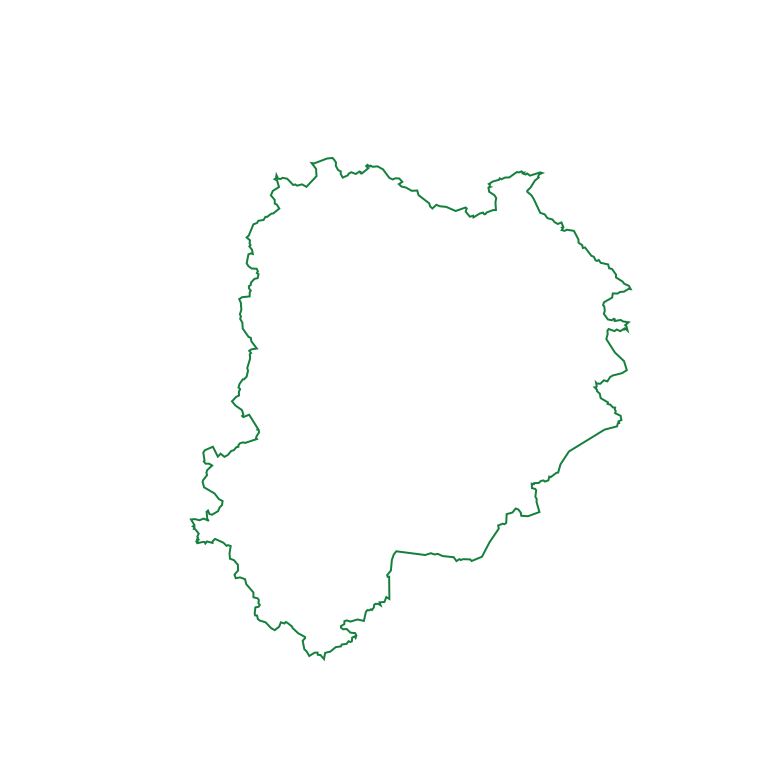 Villa Purificación, Jalisco, Mexico (orthographic projection), rotated 307°
{"feature_id": "50627088B43158791534375", "entity_name": "Villa Purificación", "entity_type": "district", "adm_level": 2, "iso_a3": "MEX", "parent_name": "Mexico", "parent_adm1": "Jalisco", "projection": "orthographic", "projection_center": [-104.744, 19.824], "detail": "fine", "context": "isolated", "style": "outline", "palette": "green", "viewbox_px": 768, "rotation_deg": 307, "n_neighbors": 0, "source": "geoboundaries", "source_scale": "gbopen_adm2", "svg_char_len": 6154}
<svg xmlns="http://www.w3.org/2000/svg" viewBox="0 0 768 768"><g transform="rotate(307 384 384)"><path d="M633.3,362.6L624.3,359.7L621.8,356.5L618.1,354.5L617.9,352.7L616.2,352.9L611.3,349.1L606.9,347.4L606.9,348.6L605.0,349.5L605.3,350.3L603.6,349.3L600.8,352.3L601.2,358.7L600.0,361.8L596.4,363.5L590.3,368.7L588.5,366.4L582.8,362.8L580.6,362.7L579.9,361.8L580.5,359.9L577.6,357.8L570.9,355.2L572.0,353.9L569.3,351.9L570.8,345.5L574.0,344.4L574.0,342.9L565.3,337.1L562.9,327.1L559.6,321.7L558.6,318.0L553.3,317.0L553.6,314.0L555.5,311.4L555.6,298.0L558.5,294.1L555.0,289.9L554.1,283.3L552.2,279.2L552.6,275.6L556.5,277.0L557.3,272.5L555.2,269.3L552.7,268.0L551.8,264.3L554.8,254.0L553.9,247.8L550.7,244.3L550.3,242.0L549.2,241.8L549.1,238.9L547.3,238.6L546.9,241.6L538.8,239.6L538.2,238.6L539.2,237.8L539.0,236.6L534.8,235.1L533.4,230.4L530.5,229.2L528.8,229.5L524.0,226.8L525.8,222.9L527.7,221.6L527.3,218.4L529.2,214.3L532.0,212.3L533.1,209.2L533.5,206.8L529.8,202.8L518.2,195.5L516.9,193.3L514.9,200.3L509.4,205.0L494.8,203.4L494.1,198.4L490.1,195.2L489.9,193.0L488.3,191.7L489.7,183.2L487.6,178.9L485.7,178.2L484.2,175.9L486.1,172.4L483.4,173.9L481.8,173.4L482.2,176.1L478.1,181.6L471.3,179.0L466.6,180.1L465.3,185.8L462.3,188.3L462.8,190.4L461.1,194.8L453.6,192.9L452.1,191.5L447.0,190.0L446.2,188.7L442.5,189.1L438.7,185.4L436.2,185.7L432.9,183.6L421.1,186.7L418.4,186.1L418.1,190.5L415.4,192.0L414.6,193.8L412.9,193.6L411.8,197.7L408.9,201.0L408.2,199.1L406.0,197.7L397.7,201.7L396.5,205.0L396.6,208.9L399.4,212.9L398.1,215.5L396.1,215.7L396.2,217.7L392.6,219.4L389.8,217.2L384.8,216.8L382.9,218.0L380.8,217.2L379.0,218.9L378.4,221.4L376.4,221.6L373.1,224.0L367.9,218.4L364.6,217.3L362.8,220.7L357.3,225.5L353.0,226.9L351.8,229.1L349.4,230.0L347.8,233.9L343.2,237.9L340.1,247.5L340.7,249.8L338.2,252.5L335.8,261.1L331.8,257.2L329.4,256.4L328.7,259.2L327.0,258.9L323.7,261.8L314.4,265.2L312.8,267.4L307.1,269.9L303.5,269.4L302.8,268.4L297.1,268.6L293.7,269.9L293.3,272.2L290.4,272.8L287.6,275.1L284.7,273.7L278.7,273.0L277.4,278.2L277.7,286.2L274.9,290.1L273.1,289.9L272.9,291.5L278.3,294.8L272.4,310.2L271.4,310.3L271.9,311.5L270.3,313.3L265.3,313.7L263.8,314.4L263.6,315.6L253.3,308.5L252.7,306.7L249.9,304.6L247.7,304.5L246.2,305.5L244.6,304.1L240.7,303.9L238.7,302.3L233.3,302.0L229.8,300.4L230.0,295.5L226.0,295.0L230.9,285.1L223.3,280.8L220.4,281.0L214.9,286.7L213.7,286.7L213.0,289.4L215.1,292.3L215.5,295.8L208.7,294.6L206.1,295.7L204.8,297.5L198.2,297.4L196.5,298.2L193.2,302.5L194.6,314.5L192.7,321.5L193.4,325.5L189.8,327.5L186.7,327.0L182.6,328.0L176.1,325.3L175.1,322.9L177.0,319.6L175.2,319.2L169.7,324.2L169.3,326.5L168.0,321.0L164.1,318.6L162.3,314.3L159.7,311.4L157.2,317.5L155.3,317.1L155.7,318.8L153.8,319.3L154.4,320.8L153.0,326.1L149.7,326.8L149.1,328.2L147.8,328.2L147.9,329.4L146.8,328.8L146.1,330.0L145.2,329.1L144.5,330.7L149.1,334.6L149.8,336.0L149.1,337.3L151.7,337.4L153.9,342.7L155.3,341.8L158.6,342.3L160.6,351.2L160.0,355.7L161.5,356.5L162.3,359.1L155.7,362.6L151.8,366.1L153.0,370.1L151.7,376.1L147.3,379.7L141.8,379.3L139.7,382.5L142.9,385.4L144.5,390.5L141.2,394.6L138.9,405.2L135.1,408.1L136.8,412.1L136.1,414.1L133.5,415.5L132.8,417.8L130.6,417.9L128.2,415.7L122.7,419.0L121.6,420.3L122.7,422.0L120.4,424.6L120.3,427.1L122.4,432.8L121.1,440.9L121.7,444.9L127.0,446.3L131.6,445.1L132.9,448.7L134.8,448.8L135.1,449.9L135.0,456.5L134.1,457.7L133.3,465.5L134.4,473.1L133.4,473.9L130.0,473.6L124.2,480.0L123.9,483.1L121.8,488.0L127.7,490.3L129.5,492.5L127.9,494.1L129.3,496.4L128.2,501.6L133.9,498.8L138.0,502.2L144.8,503.8L148.5,507.5L150.5,507.0L153.9,510.5L157.2,510.5L157.7,512.4L159.1,513.2L162.3,511.2L164.6,512.4L164.1,514.1L166.5,513.3L167.7,510.9L165.2,506.8L165.9,501.7L163.5,499.0L163.5,496.4L164.6,495.3L168.4,496.8L170.8,495.1L172.8,496.6L174.0,500.1L180.0,504.6L182.7,510.5L191.1,506.7L193.5,506.8L194.4,508.5L196.2,509.1L196.2,510.4L199.4,510.4L201.8,509.0L203.4,509.6L205.0,511.9L205.2,514.5L207.0,511.9L210.2,515.5L215.2,514.1L215.6,517.6L233.2,504.1L232.2,503.0L233.3,501.5L239.1,501.8L248.2,496.2L253.8,494.4L257.8,494.5L272.2,519.8L277.1,523.3L278.3,527.0L280.7,529.2L281.9,534.4L287.6,543.9L286.2,548.4L289.6,549.7L289.6,551.2L291.7,552.6L295.8,558.4L295.4,560.5L305.0,566.2L321.3,563.5L337.6,562.7L339.7,560.3L343.9,562.9L344.5,564.6L346.6,565.2L353.9,560.3L358.6,563.9L363.8,564.1L364.6,566.7L363.6,570.6L361.4,572.9L361.9,573.8L365.1,578.6L375.3,585.2L381.5,576.9L384.0,575.2L385.1,572.7L390.7,569.5L391.2,567.9L389.9,564.9L393.3,562.0L394.2,564.0L395.3,563.6L398.0,567.1L401.1,567.7L403.0,569.5L402.9,571.2L406.0,573.3L409.5,571.7L409.8,573.1L416.9,575.2L418.1,576.4L426.0,573.3L441.4,572.3L480.3,587.6L490.4,595.6L493.4,594.4L494.3,595.3L495.3,593.8L498.1,595.3L501.0,592.1L499.8,586.1L501.8,585.4L502.8,583.4L504.2,582.8L503.1,580.9L503.7,577.1L502.6,574.6L504.1,573.9L503.1,565.6L506.2,562.0L506.4,558.6L507.5,557.7L508.1,554.3L509.2,555.5L510.2,555.2L512.7,552.6L512.5,553.8L514.4,556.6L519.3,557.4L520.5,560.8L525.5,560.4L528.4,561.5L535.9,567.6L541.2,569.6L546.7,561.9L548.1,549.5L553.7,534.5L558.5,532.6L560.9,530.4L563.1,530.3L565.0,536.3L567.6,537.1L568.4,540.9L573.0,542.6L572.3,543.2L573.4,544.0L573.2,546.4L576.2,542.6L576.2,541.2L580.5,542.2L577.8,537.2L577.6,534.5L573.1,530.3L574.6,529.3L574.4,528.3L572.0,527.6L570.3,523.9L572.4,517.3L575.3,516.3L578.5,513.3L578.8,511.5L581.7,510.5L590.3,514.2L594.0,512.2L596.8,516.1L599.5,517.1L602.2,520.1L607.4,522.2L608.2,523.9L609.8,520.5L608.6,515.5L609.4,513.0L608.7,505.2L611.0,503.4L613.1,496.9L611.9,494.1L614.4,491.1L611.2,484.1L612.3,480.9L610.5,480.1L610.1,478.5L611.9,475.0L611.2,472.5L614.0,462.4L612.3,460.9L614.2,458.7L613.9,454.3L616.4,452.4L620.6,443.5L617.2,437.1L615.0,436.1L613.9,433.3L615.9,433.1L616.1,432.1L617.2,432.8L619.8,428.5L616.4,426.5L615.9,422.7L616.8,419.6L614.8,414.7L616.2,410.2L614.7,405.8L621.9,392.2L623.4,388.3L623.7,382.8L624.6,382.1L629.1,382.8L637.5,382.1L642.0,383.3L642.2,382.4L644.7,381.7L647.7,383.4L647.0,381.4L638.3,375.2L638.2,371.5L636.6,371.1L635.8,368.6L637.0,368.6L635.3,366.8L636.5,367.5L636.6,365.9L634.1,364.4L633.3,362.6Z" fill="none" stroke="#15803d" stroke-width="2"/></g></svg>